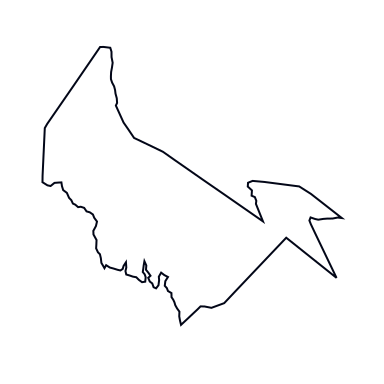 Matinha, Maranhão, Brazil (Natural Earth projection), rotated 7°
{"feature_id": "56859067B91136777616076", "entity_name": "Matinha", "entity_type": "district", "adm_level": 2, "iso_a3": "BRA", "parent_name": "Brazil", "parent_adm1": "Maranhão", "projection": "natural_earth1", "projection_center": [-45.01, -3.058], "detail": "fine", "context": "isolated", "style": "outline", "palette": "ink", "viewbox_px": 384, "rotation_deg": 7, "n_neighbors": 0, "source": "geoboundaries", "source_scale": "gbopen_adm2", "svg_char_len": 1891}
<svg xmlns="http://www.w3.org/2000/svg" viewBox="0 0 384 384"><g transform="rotate(7 192 192)"><path d="M250.8,173.6L246.5,176.0L246.7,179.8L251.3,183.1L251.6,188.4L255.0,189.4L256.9,192.9L256.9,196.0L266.0,212.5L223.9,190.3L200.4,178.0L171.3,162.6L158.2,155.6L139.3,149.2L127.9,145.4L120.7,137.1L115.6,131.4L105.9,115.5L106.8,112.7L105.9,108.1L104.1,103.7L103.2,100.1L101.8,96.6L99.4,93.2L97.8,89.9L97.4,86.9L97.1,82.7L97.4,78.2L97.5,73.4L95.7,67.9L95.0,62.6L93.3,58.8L86.5,58.8L83.1,59.3L61.2,101.5L40.0,142.0L38.1,146.5L41.7,194.0L42.4,200.5L47.7,203.0L50.9,203.3L54.4,199.7L58.4,198.9L61.2,198.4L62.2,202.0L63.9,205.8L67.9,208.1L70.7,212.8L73.2,214.8L75.2,218.0L77.7,218.8L80.8,220.9L83.4,220.2L86.9,220.9L89.7,224.1L93.0,224.6L96.4,226.4L98.1,229.5L101.3,232.9L100.8,237.5L98.8,242.6L99.4,246.2L103.1,251.3L103.5,256.2L103.7,259.6L106.0,263.3L108.2,265.0L109.6,268.8L110.7,273.4L112.7,276.0L114.4,278.3L115.7,275.1L119.7,277.0L123.3,277.5L127.7,278.3L130.5,278.6L132.6,276.8L133.1,273.7L135.0,269.8L136.0,275.0L135.6,278.6L136.8,281.9L140.4,282.5L143.6,283.2L147.1,283.4L150.0,285.7L153.4,287.6L156.5,286.7L156.4,282.2L155.1,279.5L152.9,277.4L153.0,273.9L153.0,270.6L153.2,266.5L155.6,270.5L155.8,274.8L158.6,277.5L161.0,280.2L159.0,282.5L161.0,286.0L163.7,287.6L165.5,291.2L168.1,292.0L170.1,288.6L170.1,283.4L169.4,280.1L171.2,275.8L174.6,277.8L178.5,279.3L176.4,283.7L176.4,288.4L178.8,290.5L180.2,293.2L183.9,294.8L184.5,298.9L186.5,301.2L188.0,303.6L189.2,306.4L191.4,309.4L194.1,312.3L194.5,317.0L195.7,320.9L197.3,325.2L211.9,307.7L214.4,304.5L218.4,304.1L225.4,304.6L237.5,298.4L245.8,287.1L258.6,269.8L291.1,225.9L345.9,259.6L318.9,217.4L313.9,209.5L312.0,206.0L312.8,202.8L317.5,203.8L320.7,204.1L325.6,202.7L329.1,202.0L334.8,201.2L339.7,199.6L343.9,199.6L310.3,179.4L297.7,173.4L293.3,173.4L262.6,173.2L250.8,173.6Z" fill="none" stroke="#020617" stroke-width="2"/></g></svg>